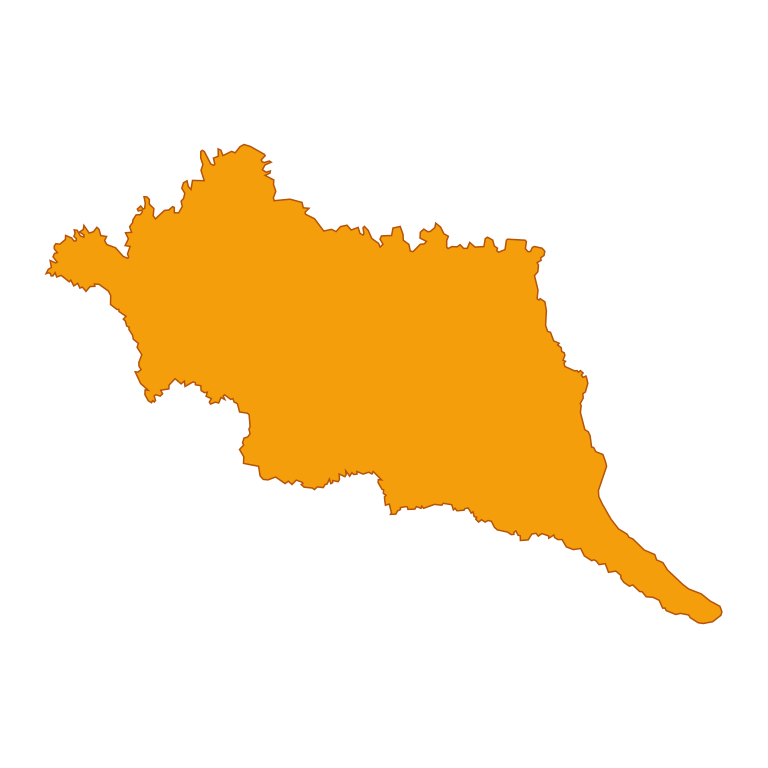 outline of Phuthiatsana, Berea, Lesotho
{"feature_id": "5366337B52577174059761", "entity_name": "Phuthiatsana", "entity_type": "district", "adm_level": 2, "iso_a3": "LSO", "parent_name": "Lesotho", "parent_adm1": "Berea", "projection": "albers", "projection_center": [27.866, -29.128], "detail": "fine", "context": "isolated", "style": "filled", "palette": "amber", "viewbox_px": 768, "rotation_deg": 0, "n_neighbors": 0, "source": "geoboundaries", "source_scale": "gbopen_adm2", "svg_char_len": 6069}
<svg xmlns="http://www.w3.org/2000/svg" viewBox="0 0 768 768"><path d="M721.9,611.8L719.9,606.3L710.1,601.0L701.3,593.9L688.7,589.0L682.7,584.4L667.5,570.0L662.9,562.6L656.6,559.9L654.8,554.6L644.2,550.0L632.8,538.9L629.0,537.3L627.0,534.1L618.6,529.0L611.0,519.2L602.4,504.2L598.8,496.7L598.4,490.5L606.6,466.4L605.6,462.0L602.9,454.5L595.8,451.7L593.6,447.5L591.6,447.1L590.1,435.7L588.2,431.7L584.8,429.6L580.4,412.4L581.2,405.6L580.2,403.7L583.2,398.1L582.9,393.7L585.4,392.0L587.8,383.4L586.7,378.2L585.9,376.0L583.0,377.4L581.4,375.0L583.1,373.0L580.4,370.6L578.3,372.3L577.1,370.6L574.7,370.9L564.9,366.5L564.0,363.1L565.5,361.3L563.0,360.3L564.9,355.3L564.2,352.8L561.7,351.5L561.2,347.6L557.6,345.0L559.2,343.3L553.7,340.9L550.5,332.3L547.6,331.4L545.6,325.3L546.4,310.6L544.9,301.8L540.2,298.7L539.0,300.0L537.1,298.8L538.0,290.1L534.5,275.6L537.8,271.8L538.5,265.2L537.1,262.6L541.1,260.4L540.7,257.7L544.0,255.5L544.8,251.3L542.1,248.2L534.4,246.5L532.3,247.5L530.5,251.5L528.1,251.7L525.4,248.7L526.4,241.6L525.2,240.2L507.6,239.2L506.4,240.2L505.0,249.6L498.6,252.2L496.8,250.7L497.5,248.2L494.3,246.0L492.7,240.1L487.5,237.2L485.3,238.6L483.9,246.6L475.0,247.1L469.7,242.4L467.3,248.3L463.6,248.4L460.1,244.7L457.1,246.8L451.8,246.6L448.0,248.6L446.7,247.1L446.7,240.6L448.4,236.3L443.9,233.8L440.6,227.1L435.7,223.1L434.9,227.6L430.2,231.5L427.7,231.7L423.8,229.1L420.3,232.3L420.0,238.1L426.5,241.4L424.2,243.9L420.3,244.3L413.1,251.6L410.3,251.1L408.9,244.4L403.3,240.3L403.0,234.3L400.2,226.5L393.0,228.0L391.6,235.5L381.5,235.9L380.0,239.2L383.0,244.2L380.1,247.1L378.6,243.4L371.8,238.5L368.2,230.4L364.4,226.4L363.0,227.9L363.9,233.7L363.0,235.0L360.0,233.4L358.1,227.4L351.2,230.0L347.0,225.2L340.5,226.6L336.1,231.6L331.6,229.4L323.7,231.0L314.6,218.8L305.5,214.2L305.1,212.2L309.0,208.3L303.3,207.8L302.0,202.4L290.0,199.2L274.1,200.7L273.4,197.8L275.8,191.3L273.5,184.4L273.8,180.0L265.1,175.4L270.0,173.1L270.4,171.0L266.0,172.2L262.4,169.7L265.0,165.0L271.2,162.2L269.3,161.0L264.0,162.6L262.1,161.7L261.2,159.9L265.2,155.7L264.3,154.3L250.3,146.4L244.0,144.5L240.0,146.7L235.2,152.8L231.5,151.4L222.9,155.6L221.0,150.3L218.1,148.9L218.3,156.3L213.4,158.1L214.8,164.2L213.6,165.4L210.7,163.9L204.4,151.6L202.4,150.3L200.8,151.5L200.7,158.0L202.9,164.6L201.0,170.3L204.2,180.7L192.5,180.4L191.0,189.5L188.3,186.4L187.0,180.8L183.5,182.8L181.8,188.2L184.8,193.3L183.6,198.4L181.1,201.2L182.3,206.5L178.6,212.9L174.3,212.7L174.3,207.5L172.6,206.6L168.8,210.0L164.4,210.4L155.4,218.9L153.2,215.7L153.9,208.6L149.3,204.1L149.4,199.5L146.9,196.9L144.0,196.7L145.3,203.2L144.6,208.5L143.2,209.0L140.7,206.0L137.3,209.1L138.3,211.0L142.1,210.2L142.2,212.1L140.3,214.6L136.1,214.9L132.9,219.9L132.7,222.5L129.6,226.7L131.6,232.3L125.5,232.8L128.4,238.8L125.1,245.6L130.1,246.4L127.5,254.0L128.6,257.0L127.8,258.3L123.2,256.4L115.6,247.8L106.9,244.6L104.6,240.6L106.6,236.5L100.8,235.6L99.0,229.3L96.9,227.3L93.5,231.7L89.2,233.1L83.9,225.4L83.3,229.5L79.5,232.0L83.9,234.8L83.8,237.1L80.3,235.9L77.2,230.3L74.2,229.9L75.1,233.1L73.9,236.4L76.3,238.5L76.2,240.7L74.0,241.1L71.7,238.0L65.6,235.4L65.4,239.5L59.8,244.2L55.8,243.7L54.2,246.3L54.3,248.9L57.4,252.7L54.5,253.4L53.0,256.8L57.2,262.2L55.6,262.9L50.1,260.5L51.4,267.5L48.3,269.3L46.1,273.6L48.3,272.8L50.4,273.5L51.1,275.9L52.9,275.9L55.1,272.7L56.7,277.0L61.2,275.4L69.2,281.8L70.8,280.1L73.8,285.9L77.7,283.3L79.9,288.1L82.4,287.1L86.0,291.4L90.0,286.6L94.9,286.3L94.4,284.0L99.0,284.3L108.3,291.0L110.7,295.5L110.5,304.5L117.0,309.5L118.8,309.4L119.0,311.5L126.0,316.3L123.3,319.1L125.4,321.1L126.7,326.0L129.2,327.3L128.9,329.4L132.6,335.3L133.3,339.2L138.4,343.4L137.1,347.3L141.8,354.7L138.8,362.6L139.0,366.3L141.1,369.5L138.0,372.1L135.2,371.8L140.6,383.5L148.2,390.3L145.1,389.9L144.9,394.6L148.3,400.8L151.5,402.7L152.6,400.7L154.3,402.0L155.5,400.4L154.2,396.0L155.8,394.7L160.2,396.1L162.6,393.8L160.7,390.2L168.9,388.9L169.0,385.1L175.1,378.7L181.1,383.9L184.4,381.1L185.0,386.5L193.2,381.8L195.3,382.7L195.4,384.8L200.8,385.7L201.1,390.6L204.5,392.7L207.3,392.2L206.1,396.3L211.4,398.6L209.3,402.2L210.5,404.1L215.4,402.1L218.7,403.0L221.0,397.5L224.8,399.5L223.2,396.0L224.6,394.8L230.7,399.4L232.8,398.6L234.1,402.0L237.4,403.7L239.6,412.0L247.4,413.2L249.1,414.8L250.1,426.7L248.9,429.1L250.1,433.7L247.8,436.9L244.0,438.1L242.5,442.9L243.7,445.0L239.5,449.5L243.8,456.8L243.5,463.4L258.6,466.3L260.1,475.9L263.2,479.4L268.0,479.9L275.6,477.0L285.1,483.6L288.3,481.2L292.0,484.5L296.3,480.1L302.2,482.3L302.9,483.5L301.2,484.5L304.1,487.2L312.3,488.0L314.5,489.6L317.3,486.9L323.2,487.6L325.2,484.4L327.1,484.1L329.4,479.0L330.8,483.6L332.6,482.7L332.8,480.5L338.1,481.7L339.5,479.5L339.1,474.0L344.9,476.7L346.1,474.8L345.7,470.8L349.7,476.2L351.9,472.7L353.7,474.5L357.0,474.1L356.9,471.5L363.1,474.1L368.7,472.2L372.0,474.0L373.2,471.5L381.6,479.9L378.3,479.6L378.1,482.7L382.0,489.3L383.6,489.8L383.3,493.4L386.0,495.3L384.4,497.0L385.4,505.2L389.3,504.1L391.4,512.7L390.5,514.4L395.8,514.1L397.7,510.8L400.4,509.6L400.4,507.6L405.7,506.6L407.4,506.9L407.9,509.4L414.9,509.1L416.4,506.6L421.0,508.3L421.7,506.2L423.6,508.3L434.5,504.4L441.8,505.2L443.2,503.3L451.7,504.7L453.4,509.9L455.0,508.3L457.0,510.8L464.0,510.2L465.0,508.6L468.2,508.0L471.2,513.1L473.0,511.9L474.2,516.6L476.7,517.3L475.7,519.1L478.6,522.1L481.5,519.7L485.1,522.1L488.0,520.5L491.4,521.3L494.5,527.4L497.4,529.9L507.6,532.1L511.2,534.6L513.9,534.4L513.9,532.4L515.9,531.0L518.0,535.2L520.2,535.7L520.4,540.5L528.2,539.9L531.8,534.1L535.9,533.3L538.3,536.1L541.9,533.6L548.6,535.9L548.8,538.2L553.9,535.0L554.6,537.5L557.8,539.6L562.1,539.6L566.3,546.9L573.3,549.6L580.7,548.5L584.3,555.9L591.7,560.7L593.9,559.8L596.1,560.9L599.1,564.6L605.3,563.7L608.5,572.3L615.9,571.1L620.8,575.4L620.9,578.2L623.9,582.4L629.4,586.2L632.7,584.9L639.6,591.5L642.2,591.8L646.2,596.8L653.0,597.3L659.2,600.3L662.6,608.1L665.0,608.1L666.2,610.6L675.8,614.5L680.4,613.4L688.7,615.0L690.2,617.7L698.3,622.8L703.3,623.5L712.7,621.7L720.9,615.3L721.9,611.8Z" fill="#f59e0b" stroke="#b45309" stroke-width="1.5"/></svg>